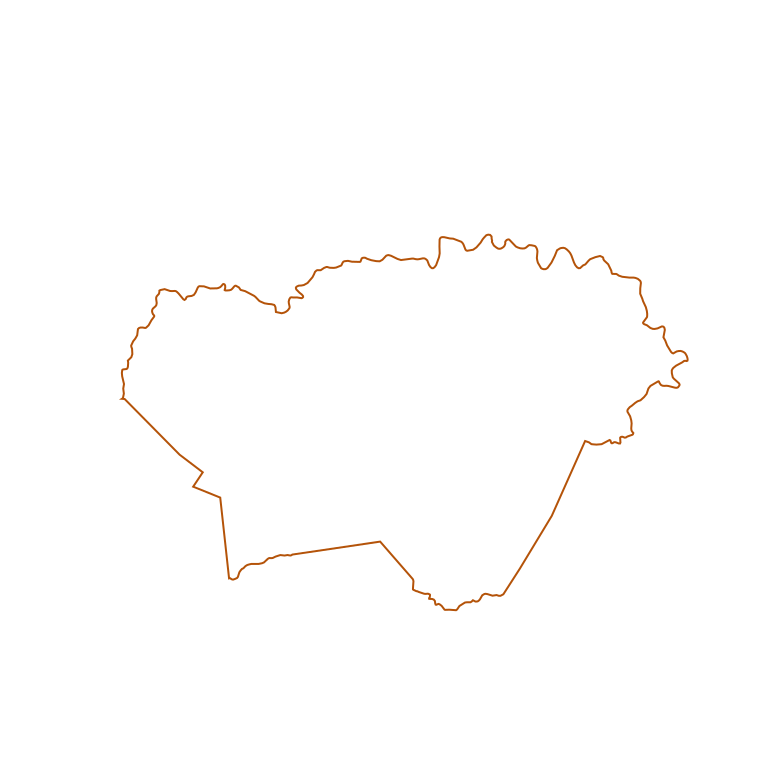 the district of Yuscaran, El Paraíso, Honduras, rotated 312°
{"feature_id": "27666195B81385886170314", "entity_name": "Yuscaran", "entity_type": "district", "adm_level": 2, "iso_a3": "HND", "parent_name": "Honduras", "parent_adm1": "El Paraíso", "projection": "albers", "projection_center": [-86.803, 13.967], "detail": "fine", "context": "isolated", "style": "outline", "palette": "amber", "viewbox_px": 768, "rotation_deg": 312, "n_neighbors": 0, "source": "geoboundaries", "source_scale": "gbopen_adm2", "svg_char_len": 6154}
<svg xmlns="http://www.w3.org/2000/svg" viewBox="0 0 768 768"><g transform="rotate(312 384 384)"><path d="M623.7,458.9L619.7,456.2L614.7,453.7L612.6,453.5L607.6,453.6L605.4,452.6L601.4,452.2L600.3,451.2L599.9,449.4L600.3,446.7L601.4,443.9L604.9,437.3L605.8,434.9L606.2,432.8L606.3,429.7L606.0,427.6L605.2,426.1L603.5,424.6L602.4,424.0L599.2,423.1L593.5,425.2L586.3,427.2L579.6,427.9L577.6,427.3L576.2,425.9L575.5,424.5L575.2,423.2L577.1,417.2L578.4,415.2L579.9,413.3L585.1,409.4L586.2,408.1L586.9,406.9L587.4,405.5L587.6,404.3L587.3,403.4L585.8,400.8L584.4,399.0L583.6,398.7L580.5,398.3L578.9,397.7L577.4,396.3L576.0,394.4L574.9,391.9L574.4,390.0L575.1,380.8L575.0,380.1L574.5,379.5L573.1,378.8L571.3,378.8L570.6,379.1L569.5,380.2L568.4,380.7L567.1,381.1L565.7,381.1L564.1,380.7L562.8,380.2L561.8,379.4L561.0,378.3L560.6,376.3L560.4,373.0L561.8,369.1L562.8,368.5L564.0,366.8L565.6,365.2L565.8,363.1L564.7,361.5L563.1,360.5L559.7,360.4L557.5,360.5L553.8,361.2L547.4,361.3L543.4,360.4L538.7,356.7L538.3,355.7L538.4,354.6L540.9,349.6L541.4,347.7L541.4,346.2L538.3,338.2L536.2,335.5L533.4,330.5L532.0,328.9L531.2,328.4L530.4,328.2L529.5,328.3L528.5,328.7L523.3,333.2L518.3,338.0L515.1,340.0L507.2,343.2L504.7,343.4L503.1,343.1L502.6,342.7L502.1,342.0L502.0,340.2L502.6,337.8L504.8,333.5L504.8,331.6L504.5,330.2L503.5,328.9L500.1,326.4L498.9,325.3L497.8,323.7L496.9,322.0L495.8,320.8L487.5,313.7L486.0,310.4L484.0,303.4L482.9,301.2L482.0,300.4L480.8,299.8L475.3,299.7L472.3,298.7L470.1,296.0L467.5,291.7L465.7,287.5L465.3,285.7L464.5,284.6L463.4,283.7L462.4,283.4L459.3,284.6L458.6,284.4L453.4,278.3L451.4,274.8L448.7,272.4L447.7,272.0L446.7,272.0L444.1,272.8L443.4,272.9L438.5,270.5L436.7,269.0L434.1,265.9L433.0,263.6L432.4,262.9L430.2,261.8L426.2,260.8L424.1,258.4L423.3,257.9L421.2,257.7L418.6,258.6L415.5,259.4L407.9,259.6L403.9,258.2L401.9,256.7L400.0,254.8L398.1,254.0L397.1,253.9L396.4,254.2L395.6,255.5L395.3,260.2L395.5,263.1L395.2,265.0L394.5,265.7L393.4,265.7L392.6,265.3L390.1,261.4L387.7,258.8L386.4,257.1L385.6,256.6L383.6,256.9L381.5,258.0L380.3,259.3L378.4,262.0L377.5,262.8L376.8,263.0L374.2,263.2L372.1,262.8L370.3,262.1L368.1,260.6L365.2,255.5L368.4,252.0L369.1,250.5L369.3,249.5L368.0,247.0L366.1,244.5L364.0,241.2L362.5,236.7L362.3,235.5L362.7,230.3L362.6,228.5L360.1,218.7L358.0,214.5L358.7,211.6L357.9,208.1L357.3,207.6L356.3,207.4L353.2,207.5L351.7,207.3L350.2,206.4L348.2,204.5L347.3,203.4L347.2,202.7L349.3,201.6L350.7,200.3L351.3,199.1L351.1,198.0L350.3,197.5L348.3,197.6L346.5,197.5L344.6,196.7L343.3,195.8L338.7,190.9L336.1,184.9L333.2,181.4L332.3,181.0L331.0,181.1L326.0,182.7L323.0,183.1L320.7,182.1L318.1,179.8L317.1,179.3L316.2,179.2L314.4,179.8L313.0,179.5L312.7,178.2L313.8,170.8L313.9,168.4L313.7,167.1L313.2,166.3L311.2,164.3L310.0,162.8L307.7,157.5L304.1,154.9L303.1,154.6L302.1,155.5L300.4,156.4L297.1,156.4L295.9,156.8L294.7,157.8L292.1,160.9L290.3,162.0L289.0,162.2L285.3,161.8L283.9,162.2L282.9,162.9L282.0,164.1L281.3,165.6L281.1,167.3L280.8,167.8L280.1,168.1L275.8,168.5L270.1,169.8L266.6,169.5L265.8,169.0L264.5,166.9L263.1,165.3L261.7,164.5L260.2,164.4L255.0,168.0L251.3,168.8L247.9,169.0L243.4,170.4L242.6,171.3L241.6,173.2L237.8,177.0L234.8,178.3L230.0,178.0L228.6,179.7L225.5,182.1L224.5,182.6L223.6,182.8L222.8,182.6L220.3,180.4L219.6,180.1L219.1,180.2L216.8,181.8L214.5,184.3L210.0,190.8L206.1,193.3L202.8,197.1L199.4,199.1L198.4,199.4L197.7,199.2L199.3,201.3L194.7,279.4L197.1,308.4L180.0,310.9L190.0,338.3L135.9,398.9L136.6,399.3L137.0,401.6L137.6,402.7L139.4,403.7L141.5,404.6L142.9,404.5L147.3,402.5L149.6,402.2L151.5,402.2L153.0,402.8L156.0,402.9L158.0,403.5L159.8,404.6L161.5,405.8L166.5,411.3L169.2,413.3L171.1,414.2L176.1,414.6L177.3,414.9L178.1,415.4L179.0,416.6L180.2,417.7L183.2,418.9L187.5,421.4L190.0,424.9L192.4,426.8L193.2,428.2L194.1,429.4L194.9,429.8L195.9,430.0L264.3,486.6L258.3,535.8L257.9,536.8L257.1,537.9L251.6,542.2L250.8,542.9L250.7,543.4L251.7,546.7L252.3,547.5L252.6,548.7L254.9,554.0L255.6,555.1L257.6,557.0L258.2,558.7L258.2,559.1L257.6,559.7L256.1,560.7L255.0,560.8L254.6,561.4L256.5,563.7L257.1,565.3L256.8,567.0L255.2,568.9L254.6,570.0L254.8,570.5L257.0,571.6L257.5,572.7L257.7,575.2L256.8,580.0L257.2,580.7L260.0,583.6L264.1,588.9L265.4,589.2L269.5,588.6L275.8,590.4L277.2,591.6L279.6,594.3L280.9,594.7L282.8,594.8L283.5,597.5L284.5,598.6L285.5,599.2L286.7,599.4L288.1,599.4L292.7,598.4L295.1,599.1L296.1,599.9L297.1,601.5L299.3,606.3L302.5,608.9L303.4,611.0L304.6,612.3L307.6,613.4L337.7,608.5L398.3,596.9L476.2,571.6L477.8,575.4L478.1,578.4L479.4,580.2L481.1,582.4L484.9,586.0L493.3,589.1L493.5,590.0L492.3,592.2L492.3,592.8L492.9,593.4L494.6,593.9L495.3,594.5L495.9,595.6L496.9,598.3L497.7,599.2L498.7,598.9L502.0,595.5L502.8,595.4L503.5,595.7L504.2,596.3L504.7,597.3L505.1,598.6L506.0,599.5L507.8,600.0L512.6,602.6L513.3,602.6L514.4,602.1L514.7,600.0L515.3,598.7L516.5,597.4L520.4,594.4L522.4,592.1L524.7,588.5L526.3,583.5L527.1,582.7L528.2,582.2L531.2,582.1L533.7,582.7L538.0,583.3L540.8,584.0L543.5,585.5L548.2,586.0L552.3,585.8L557.6,583.5L560.9,583.3L568.9,585.8L569.7,586.2L569.8,586.7L569.2,587.9L568.6,590.2L568.8,591.2L569.2,592.3L570.2,593.6L571.8,595.2L572.9,596.8L575.8,602.4L576.6,603.6L577.4,604.3L578.3,604.7L580.6,604.5L581.5,603.9L581.9,602.6L581.9,595.7L582.2,594.1L584.6,590.7L586.6,588.8L587.8,588.4L589.5,588.2L593.1,588.8L599.5,591.1L601.9,591.6L602.8,592.3L603.5,593.5L604.3,593.9L605.1,593.5L606.2,592.3L607.3,590.5L608.0,588.6L608.4,587.2L608.3,585.8L607.9,584.1L607.1,582.4L605.9,581.1L604.0,579.7L600.3,578.5L599.9,577.6L599.9,575.9L602.1,568.6L604.5,563.9L605.7,560.4L612.1,556.5L613.3,554.9L613.6,553.5L613.3,552.7L612.6,551.9L608.4,550.1L605.9,548.2L604.8,546.8L603.9,544.5L603.6,540.1L602.5,537.2L602.5,536.1L602.9,535.5L603.7,535.3L609.6,534.7L610.6,534.1L612.3,532.6L614.2,530.4L616.3,527.2L618.9,521.1L620.2,518.9L622.5,514.0L626.6,510.4L631.0,507.3L631.8,506.2L632.1,505.3L632.0,502.3L631.1,499.9L630.1,498.3L627.3,495.2L623.1,489.3L621.6,485.8L621.5,484.1L621.1,482.8L618.6,480.0L619.0,478.7L620.3,477.1L623.0,470.5L623.1,465.0L623.5,463.6L624.3,462.7L624.6,461.7L623.7,458.9Z" fill="none" stroke="#b45309" stroke-width="2"/></g></svg>